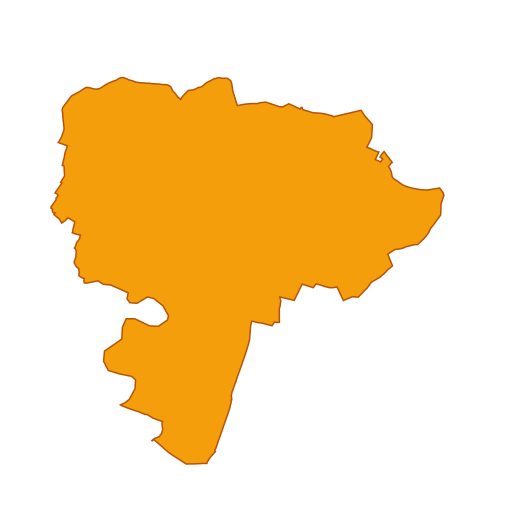 outline of Santimbru, Alba, Romania, rotated 171°
{"feature_id": "2599482B84264195249861", "entity_name": "Santimbru", "entity_type": "district", "adm_level": 2, "iso_a3": "ROU", "parent_name": "Romania", "parent_adm1": "Alba", "projection": "natural_earth1", "projection_center": [23.665, 46.133], "detail": "fine", "context": "isolated", "style": "filled", "palette": "amber", "viewbox_px": 512, "rotation_deg": 171, "n_neighbors": 0, "source": "geoboundaries", "source_scale": "gbopen_adm2", "svg_char_len": 4960}
<svg xmlns="http://www.w3.org/2000/svg" viewBox="0 0 512 512"><g transform="rotate(171 256 256)"><path d="M363.6,452.8L365.3,452.0L367.2,451.3L368.8,451.2L375.6,449.5L378.2,448.5L382.7,446.4L384.2,445.9L386.3,445.7L388.3,445.9L390.9,446.7L392.5,447.5L395.7,448.8L397.2,449.0L398.3,448.8L403.6,446.4L409.4,444.3L412.7,443.2L413.4,442.8L422.1,434.4L423.2,433.3L424.3,431.6L424.7,429.7L424.6,428.1L425.2,420.5L425.5,413.2L425.7,411.4L426.7,409.0L429.4,404.1L432.9,399.6L433.6,399.0L425.0,394.3L428.3,388.2L429.4,385.4L429.6,384.4L433.2,375.7L431.7,375.0L431.6,374.3L432.6,364.9L437.5,359.3L436.3,358.4L444.6,349.8L442.2,347.7L442.0,347.2L442.3,346.8L442.2,346.7L442.5,346.0L444.4,344.6L444.8,342.7L445.7,341.8L449.4,338.0L449.6,337.4L450.5,337.1L451.1,335.4L450.3,335.1L450.2,334.5L449.6,334.0L450.1,332.6L450.0,331.3L449.0,330.1L447.8,330.0L449.1,328.5L444.6,323.4L443.3,320.5L442.8,318.9L438.9,320.8L435.7,323.2L429.6,318.1L431.1,314.3L432.2,312.2L433.4,308.4L433.9,307.7L430.0,305.6L426.2,304.1L427.6,300.7L428.8,299.4L431.1,297.3L431.8,295.8L432.8,293.9L433.4,292.7L434.1,292.3L433.4,291.5L432.7,289.0L434.1,283.4L435.2,281.0L436.6,278.5L436.5,277.2L435.1,273.5L433.1,271.3L433.1,267.4L434.0,264.6L433.7,263.8L431.0,261.5L429.3,260.8L429.2,260.4L429.9,258.3L429.8,256.2L427.1,255.7L416.0,256.2L411.3,252.0L403.8,250.0L388.0,239.6L390.1,233.9L387.9,229.6L381.0,227.9L369.5,232.5L363.6,230.0L355.7,221.4L351.8,210.8L353.5,206.6L363.5,201.8L372.0,203.6L385.6,213.0L394.0,214.3L399.1,206.5L401.5,195.0L420.5,185.8L423.0,175.9L419.8,166.1L409.8,161.1L397.7,156.6L394.3,152.6L395.5,147.3L395.8,145.7L396.2,143.9L401.1,137.4L403.5,134.3L408.3,131.5L410.8,130.8L413.2,130.1L412.9,129.8L411.2,128.6L404.0,124.5L401.7,123.3L399.4,122.1L397.0,121.0L393.5,118.8L390.2,116.8L388.7,116.6L387.8,115.9L386.1,114.6L384.6,113.3L383.2,112.0L374.4,107.2L374.1,107.2L375.0,105.5L375.1,104.1L375.4,99.0L377.1,95.3L378.5,94.3L379.3,93.1L379.9,92.7L384.5,91.7L386.1,90.9L387.7,90.0L387.5,89.7L385.6,90.6L383.4,88.0L381.1,85.3L379.1,82.9L373.2,75.8L369.3,72.0L366.4,69.5L357.8,61.7L357.4,61.5L349.4,60.3L342.9,59.6L342.3,59.6L337.0,58.8L337.0,59.3L336.7,59.8L333.4,63.6L332.3,64.6L331.1,65.6L329.1,67.2L326.7,69.2L327.1,70.1L327.0,70.8L325.9,72.1L308.7,104.2L305.8,109.6L304.2,113.8L303.6,114.8L303.0,117.5L302.5,117.6L302.2,120.4L302.5,121.0L301.1,125.1L299.6,127.6L297.7,131.3L295.2,135.8L293.0,140.2L289.6,146.3L281.5,161.4L277.4,169.8L275.5,174.2L272.1,188.2L270.5,192.3L268.6,191.7L264.2,189.7L264.0,189.9L259.7,188.4L255.7,186.6L251.1,184.6L248.1,187.8L247.8,187.7L245.4,187.0L243.3,186.8L242.7,190.8L241.8,196.3L241.4,199.7L240.0,202.9L239.0,206.3L238.6,207.6L238.9,211.8L225.2,206.2L221.9,210.9L218.0,216.5L214.8,221.0L205.5,216.3L204.4,215.7L201.1,219.0L198.5,218.0L195.7,216.7L193.0,215.1L191.1,214.5L190.3,214.0L188.8,213.4L186.4,212.8L184.0,212.6L180.8,212.8L176.7,198.4L167.5,200.6L165.8,200.4L161.5,199.3L153.8,205.2L150.9,207.2L146.7,211.6L144.3,212.9L141.3,213.9L136.9,215.7L132.0,218.7L130.3,220.0L128.6,221.4L122.7,224.9L124.4,232.0L125.6,237.2L117.4,240.9L115.1,240.5L109.8,240.7L106.6,241.7L105.2,241.7L104.5,241.8L102.9,242.0L101.4,242.1L99.8,242.3L96.7,242.4L95.1,242.0L94.4,242.1L92.0,243.8L88.3,246.3L84.9,249.0L82.0,251.9L80.9,253.5L79.4,255.8L77.8,257.2L75.9,259.0L75.7,259.2L72.2,262.6L67.2,267.6L65.0,278.8L62.9,282.7L60.9,286.6L61.0,287.2L61.2,287.8L61.2,289.0L64.0,294.5L65.1,294.4L76.8,294.4L83.5,295.9L90.5,298.3L96.4,301.0L100.2,303.4L105.0,308.2L108.2,311.1L108.9,312.5L109.1,313.4L109.2,318.2L109.3,318.5L109.7,319.2L110.0,321.2L111.2,323.5L108.3,326.2L106.8,327.1L113.2,339.1L114.4,338.2L114.8,337.8L115.1,337.5L116.0,336.6L117.1,335.4L118.0,334.2L115.7,332.2L115.8,331.7L117.3,330.5L118.4,329.3L119.7,330.5L123.1,332.6L118.4,339.5L118.7,339.6L119.3,339.8L120.7,340.5L124.5,342.9L124.8,343.2L125.4,343.6L126.2,344.3L127.4,344.9L129.6,346.0L123.4,354.5L122.4,358.9L120.5,367.6L125.5,375.6L127.1,378.2L129.4,383.5L146.4,382.2L157.9,381.4L158.1,382.0L158.6,382.4L166.1,385.7L169.2,386.7L173.7,387.8L176.8,388.4L179.2,389.4L180.5,390.2L184.2,391.9L186.7,393.1L187.2,394.1L187.4,395.6L187.9,395.8L189.5,394.3L199.7,401.2L206.3,399.1L209.3,399.7L222.1,406.4L228.2,406.8L230.6,406.3L237.6,407.4L244.6,407.7L250.9,407.5L253.0,421.8L253.1,423.1L253.0,426.9L253.0,429.8L253.5,433.0L255.4,435.0L256.1,435.7L256.8,436.1L258.3,436.3L261.1,436.7L262.9,437.3L264.6,437.9L265.5,438.0L268.4,437.5L269.1,437.8L272.6,436.6L276.6,435.3L279.0,434.3L280.9,432.9L282.6,432.0L284.5,431.4L286.6,431.5L289.0,430.6L292.1,429.9L296.9,430.1L302.8,425.8L304.7,424.0L305.5,423.0L305.7,422.6L306.0,422.4L307.5,424.3L308.1,424.8L309.1,426.6L310.0,428.7L312.4,432.1L313.8,436.6L315.7,438.3L316.5,438.8L318.3,439.4L319.8,439.6L323.0,440.4L325.2,441.1L326.7,441.3L331.7,442.5L333.9,443.2L337.8,443.9L340.7,444.7L342.4,445.0L345.3,445.9L347.7,446.6L350.5,448.3L353.3,449.5L358.7,452.8L360.1,453.2L361.7,453.2L363.6,452.8Z" fill="#f59e0b" stroke="#b45309" stroke-width="1.5"/></g></svg>